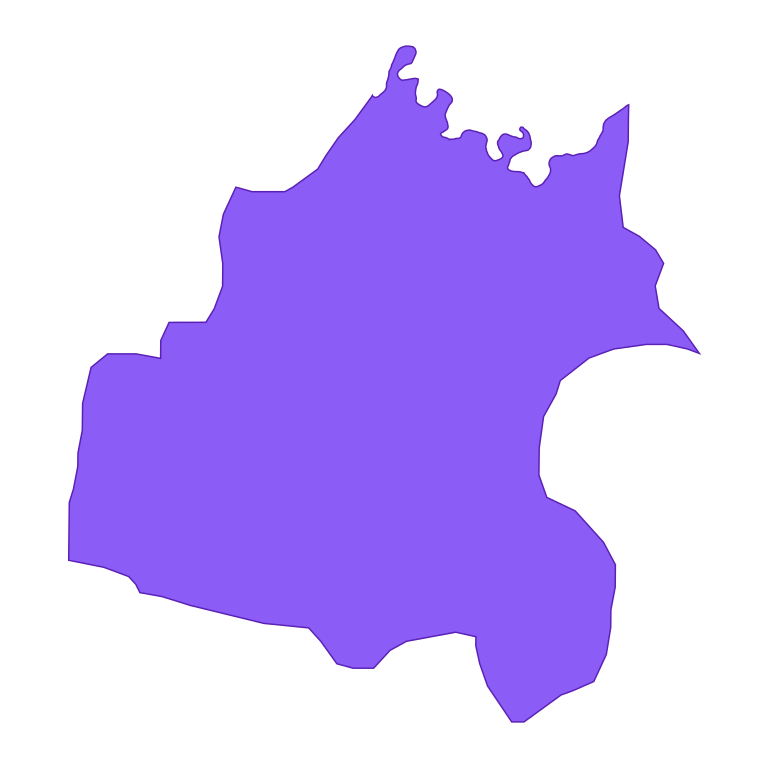 Samsu, Ryanggang, North Korea
{"feature_id": "82179303B33326321250637", "entity_name": "Samsu", "entity_type": "district", "adm_level": 2, "iso_a3": "PRK", "parent_name": "North Korea", "parent_adm1": "Ryanggang", "projection": "mercator", "projection_center": [128.058, 41.242], "detail": "fine", "context": "isolated", "style": "filled", "palette": "violet", "viewbox_px": 768, "rotation_deg": 0, "n_neighbors": 0, "source": "geoboundaries", "source_scale": "gbopen_adm2", "svg_char_len": 6012}
<svg xmlns="http://www.w3.org/2000/svg" viewBox="0 0 768 768"><path d="M628.7,104.8L627.9,105.1L626.9,105.6L625.9,106.4L623.1,108.7L620.4,110.4L618.2,112.0L614.2,114.7L611.6,116.3L609.3,117.6L607.3,119.1L606.5,119.8L605.8,120.4L605.2,121.2L603.6,124.0L603.4,126.0L603.2,126.9L603.1,128.1L603.2,129.2L603.1,130.1L602.9,130.8L602.7,131.5L601.6,133.3L601.2,134.2L600.0,136.0L599.1,138.2L598.0,139.7L597.6,140.6L597.2,142.0L596.7,143.5L596.3,144.5L595.0,146.5L591.0,150.1L589.3,151.4L587.4,152.4L586.5,152.7L584.5,153.3L583.6,153.5L579.1,153.9L576.6,154.6L573.9,155.5L573.1,155.6L571.7,155.4L568.7,154.3L566.5,153.9L563.1,155.4L562.0,155.9L559.0,155.9L557.6,155.7L556.8,155.7L555.3,155.9L554.0,156.4L552.0,157.7L551.4,158.1L550.8,158.7L550.2,159.5L549.2,162.0L549.1,163.1L549.1,164.0L549.1,164.9L550.5,168.5L550.6,170.7L550.2,172.7L549.9,173.6L548.3,176.4L548.0,177.1L547.2,178.1L546.7,178.8L545.5,180.0L543.5,182.9L542.3,184.1L541.6,184.4L540.8,185.0L540.0,185.3L539.3,185.7L537.4,186.5L536.6,186.7L535.1,186.7L534.5,186.6L533.3,185.8L532.1,184.6L530.9,183.2L529.6,180.7L529.1,179.6L528.6,179.1L526.7,176.2L526.1,175.8L525.7,175.3L524.6,174.0L523.9,172.9L523.4,172.7L522.3,172.6L521.2,172.1L519.6,171.8L518.1,171.6L517.1,171.7L516.4,171.6L515.6,171.6L513.1,171.4L510.6,170.8L510.0,170.5L508.6,169.7L507.6,168.4L507.6,166.9L507.9,166.2L508.4,165.5L509.1,163.2L509.2,162.5L509.8,161.5L510.1,159.5L510.5,158.8L511.6,157.3L512.2,156.7L512.9,156.1L513.7,155.6L514.7,155.1L516.4,154.0L519.3,152.5L523.2,151.1L525.1,150.8L527.5,150.3L528.2,150.0L528.8,149.5L529.4,148.9L530.0,148.2L530.5,147.3L530.9,145.9L531.2,143.9L531.2,142.9L531.1,141.9L530.5,139.6L530.2,137.8L529.9,136.5L529.6,135.3L528.4,132.6L526.7,130.6L526.0,130.1L523.7,128.5L523.3,127.8L522.8,127.3L521.3,127.1L520.6,127.4L520.0,128.4L519.8,129.1L519.8,129.9L520.4,130.6L522.1,132.0L522.9,132.8L523.3,133.7L523.5,134.5L523.5,136.3L523.2,137.5L522.6,138.0L522.1,138.4L521.3,138.5L520.5,138.8L518.2,138.3L516.6,137.4L515.9,137.1L515.1,137.0L514.3,137.0L511.0,136.0L510.1,135.5L509.1,135.2L507.5,134.4L506.2,134.1L504.8,134.0L504.0,134.1L503.2,134.4L502.1,135.0L501.0,136.3L500.4,136.9L500.0,137.6L499.3,138.9L499.1,139.7L498.7,140.2L498.1,140.8L497.7,141.5L497.6,142.1L497.6,142.7L497.6,143.7L497.8,144.7L498.3,145.8L498.9,148.0L499.5,149.3L500.0,150.1L500.6,150.8L501.2,151.7L501.9,152.9L502.8,154.9L503.0,155.9L502.8,156.8L502.3,157.5L501.4,158.4L500.6,158.9L499.0,159.6L497.8,160.0L496.8,160.4L495.8,160.7L495.0,160.7L493.9,160.6L493.0,160.2L492.1,159.4L491.4,158.7L490.8,158.1L488.6,155.6L487.8,154.1L487.4,152.8L487.1,152.0L486.7,151.4L486.4,150.5L486.4,149.7L486.2,148.7L485.9,147.7L485.7,146.5L485.9,145.6L486.6,142.4L486.9,141.5L487.1,140.6L487.1,139.7L486.9,138.8L486.7,137.9L486.2,137.1L485.8,136.2L485.1,135.3L484.4,134.6L482.6,133.6L480.7,133.0L479.7,132.8L476.0,131.5L473.8,131.2L470.9,130.3L469.8,130.1L468.8,130.1L467.4,130.3L465.6,130.8L464.9,131.2L463.1,132.5L462.2,133.8L461.5,135.2L461.3,135.8L461.1,136.5L460.8,137.2L460.4,137.6L459.8,137.9L458.4,138.4L456.0,138.4L455.3,138.7L453.6,139.2L452.6,139.2L451.7,139.3L450.1,139.2L449.7,139.7L448.0,138.6L447.2,138.2L444.8,137.3L443.7,137.3L443.0,137.0L441.8,136.1L440.6,134.3L440.5,133.8L441.2,133.0L441.9,132.5L442.9,132.2L444.2,131.2L445.2,130.6L446.7,129.5L447.4,128.8L447.8,128.2L448.1,126.4L447.9,125.3L447.6,124.3L447.6,123.5L447.1,121.7L446.7,120.9L446.5,120.1L445.6,117.9L445.1,114.9L445.2,114.0L445.9,112.5L447.2,109.2L448.4,106.7L449.4,104.8L450.5,103.7L451.3,102.7L452.0,101.7L452.3,100.6L452.3,99.5L452.1,98.2L451.7,97.4L450.8,95.9L450.1,95.2L448.8,93.9L447.2,92.8L446.5,92.3L445.1,91.3L441.6,89.6L440.6,89.4L439.5,89.2L438.5,89.5L438.0,90.0L437.5,90.8L437.2,91.7L437.2,92.7L437.4,93.6L437.5,95.0L437.3,96.1L437.0,97.0L436.6,97.6L436.2,98.6L434.6,100.2L433.1,101.5L432.4,102.2L430.6,103.7L429.9,104.5L429.1,105.1L428.2,105.7L426.7,106.6L426.1,106.8L425.5,106.9L424.6,106.9L422.5,106.4L420.9,105.6L419.3,104.7L418.6,104.2L417.2,103.4L416.5,102.2L416.2,101.6L416.0,100.8L416.0,100.0L416.3,99.3L416.3,98.4L416.2,97.4L415.6,95.0L415.4,93.9L415.4,92.8L415.5,91.3L416.1,87.5L417.7,83.5L418.3,79.3L418.1,79.0L417.3,78.7L415.3,78.4L414.1,78.4L407.5,79.6L403.9,80.1L402.1,80.2L401.5,80.0L400.1,79.1L399.4,78.4L398.2,76.7L397.7,75.6L397.5,74.4L397.5,73.4L397.8,72.6L398.2,71.8L399.0,70.7L399.7,69.9L400.7,69.3L403.1,67.0L404.1,66.1L405.2,65.3L407.3,64.4L408.7,64.0L410.8,63.6L411.5,63.0L412.1,62.2L415.7,54.2L415.9,53.4L416.0,52.4L416.0,51.5L415.7,50.6L415.1,48.9L414.5,48.1L413.1,46.9L410.7,46.4L409.3,46.2L407.0,46.1L405.2,46.2L401.8,47.3L400.2,48.1L399.6,48.6L399.0,49.1L398.1,50.2L397.7,51.2L396.6,53.1L395.4,56.0L395.1,57.1L392.5,63.3L391.8,64.5L391.4,65.9L391.2,67.2L389.9,69.9L389.0,71.6L388.9,74.1L388.8,75.2L388.6,76.3L387.8,79.5L387.0,81.6L386.7,82.7L386.5,83.9L386.5,84.8L386.6,85.9L386.5,87.0L386.0,88.8L385.4,89.8L384.7,90.8L383.2,92.3L380.4,94.6L379.3,95.7L378.0,96.7L376.2,97.4L375.4,97.5L374.6,97.3L373.8,96.8L373.1,96.5L372.6,95.9L372.4,95.4L371.5,96.9L355.0,119.5L338.5,137.5L326.0,155.5L317.7,169.1L293.0,187.1L284.8,191.7L252.2,191.7L235.9,187.2L223.4,214.2L219.0,236.8L222.8,263.8L222.6,286.3L214.2,308.8L205.9,322.3L169.1,322.4L160.8,340.4L160.6,358.4L136.2,353.9L107.6,353.9L91.1,367.4L82.6,403.4L82.3,430.4L78.0,452.9L77.8,466.4L73.5,488.9L69.3,502.4L68.7,560.3L103.9,567.3L128.6,576.5L135.8,584.3L139.9,592.6L162.1,596.6L190.6,605.5L263.9,623.4L308.7,627.9L320.8,641.3L336.9,663.8L353.1,668.2L373.6,668.2L390.1,650.3L406.5,641.3L455.6,632.2L475.9,636.7L475.8,645.7L479.7,663.6L487.6,686.1L511.7,721.9L524.0,721.9L561.0,695.0L573.3,690.5L593.8,681.5L606.3,654.5L610.7,627.6L610.9,609.7L615.2,587.2L615.4,564.7L603.5,542.3L575.2,510.9L546.8,497.4L538.9,475.0L539.2,448.0L543.6,416.5L556.1,394.0L560.3,380.5L589.1,358.0L613.7,349.0L646.4,344.4L666.8,344.4L687.2,348.9L699.3,353.4L683.3,330.9L659.0,308.4L655.2,285.9L663.6,263.4L655.6,249.9L639.4,236.4L623.2,227.4L619.4,195.8L628.2,141.7L628.4,119.2L628.7,104.8Z" fill="#8b5cf6" stroke="#5b21b6" stroke-width="1.5"/></svg>